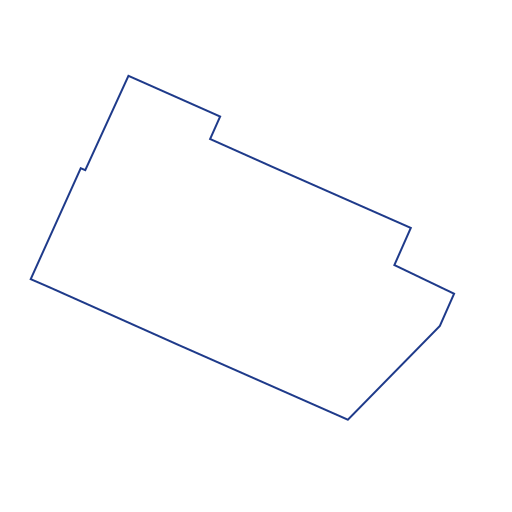 outline of Pershing, Nevada, United States of America, rotated 24°
{"feature_id": "52423323B94206551608777", "entity_name": "Pershing", "entity_type": "district", "adm_level": 2, "iso_a3": "USA", "parent_name": "United States of America", "parent_adm1": "Nevada", "projection": "robinson", "projection_center": [-118.513, 40.48], "detail": "fine", "context": "isolated", "style": "outline", "palette": "blue", "viewbox_px": 512, "rotation_deg": 24, "n_neighbors": 0, "source": "geoboundaries", "source_scale": "gbopen_adm2", "svg_char_len": 339}
<svg xmlns="http://www.w3.org/2000/svg" viewBox="0 0 512 512"><g transform="rotate(24 256 256)"><path d="M81.6,368.6L221.4,368.8L406.5,368.2L452.4,245.1L452.3,209.9L386.1,208.0L386.0,167.4L233.5,167.9L166.5,167.8L166.5,143.2L66.2,143.3L65.1,247.0L60.2,247.1L59.6,368.8L81.6,368.6Z" fill="none" stroke="#1e3a8a" stroke-width="2"/></g></svg>